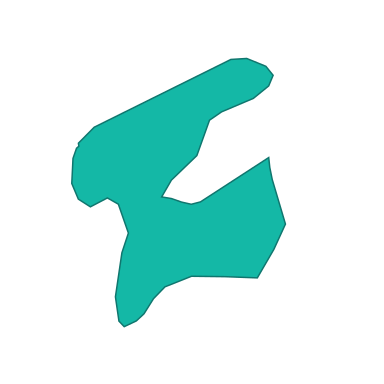 SVG path tracing the border of Medway, rotated 327°
{"feature_id": "GBR-2678", "entity_name": "Medway", "entity_type": "Unitary Authority", "adm_level": 1, "iso_a3": "GBR", "parent_name": "United Kingdom", "parent_adm1": "", "projection": "equal_earth", "projection_center": [0.566, 51.402], "detail": "fine", "context": "isolated", "style": "filled", "palette": "teal", "viewbox_px": 384, "rotation_deg": 327, "n_neighbors": 0, "source": "natural_earth", "source_scale": "10m", "svg_char_len": 673}
<svg xmlns="http://www.w3.org/2000/svg" viewBox="0 0 384 384"><g transform="rotate(327 192 192)"><path d="M123.3,89.2L145.3,84.4L296.8,102.0L310.6,109.8L322.4,126.8L323.6,138.3L314.1,144.8L294.5,146.9L260.5,140.9L245.8,141.3L215.9,164.1L181.2,170.8L163.9,179.6L171.2,186.3L177.7,194.7L184.7,201.9L193.7,204.9L275.1,204.9L270.6,213.8L266.1,225.2L252.9,269.8L229.4,284.7L200.0,299.6L173.6,281.0L145.7,262.4L117.7,256.8L101.6,260.5L85.4,268.0L75.1,269.8L61.8,268.0L60.4,260.5L70.7,238.2L100.1,204.8L116.3,191.8L123.6,162.1L117.8,150.9L98.7,149.1L92.8,136.1L95.8,119.4L110.5,99.0L119.0,92.4L122.0,92.0L123.3,89.2Z" fill="#14b8a6" stroke="#0f766e" stroke-width="1.5"/></g></svg>